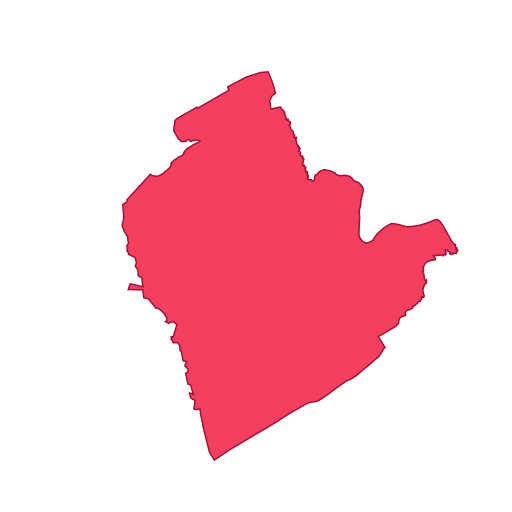 the district of Camden, New South Wales, Australia, rotated 140°
{"feature_id": "25037944B29927872698138", "entity_name": "Camden", "entity_type": "district", "adm_level": 2, "iso_a3": "AUS", "parent_name": "Australia", "parent_adm1": "New South Wales", "projection": "mercator", "projection_center": [150.696, -34.016], "detail": "fine", "context": "isolated", "style": "filled", "palette": "rose", "viewbox_px": 512, "rotation_deg": 140, "n_neighbors": 0, "source": "geoboundaries", "source_scale": "gbopen_adm2", "svg_char_len": 6140}
<svg xmlns="http://www.w3.org/2000/svg" viewBox="0 0 512 512"><g transform="rotate(140 256 256)"><path d="M405.7,160.4L417.7,135.8L419.1,126.4L403.1,124.9L347.5,115.8L333.1,114.1L313.0,110.5L310.4,109.9L307.8,108.6L303.1,105.7L300.6,104.9L288.8,103.7L280.7,103.3L267.9,102.3L260.8,100.4L256.9,99.9L243.2,100.0L236.6,99.9L230.7,100.1L227.2,99.9L220.7,101.7L217.7,103.1L216.0,102.8L214.1,115.6L193.9,112.2L192.6,112.7L190.9,112.5L190.1,112.7L188.4,114.5L186.6,115.6L185.0,116.2L183.8,115.8L181.2,115.3L180.1,114.4L179.6,114.3L178.9,115.1L178.3,116.5L176.8,117.4L174.3,117.1L173.8,116.9L173.0,116.1L172.6,116.2L171.7,115.9L170.9,115.9L169.9,115.3L168.8,116.5L167.9,115.9L166.6,116.2L165.6,116.1L164.3,116.3L163.1,115.8L161.5,116.6L160.8,116.5L159.5,115.7L159.0,116.3L158.3,116.4L157.7,116.3L157.1,116.5L156.2,117.8L155.6,118.0L154.8,117.8L155.0,117.1L154.8,116.7L153.5,116.7L152.7,117.5L152.9,117.7L149.8,123.2L149.5,123.2L148.4,123.8L148.0,124.2L147.1,124.5L147.0,125.3L146.8,125.4L145.9,125.3L145.3,125.9L143.7,125.6L142.8,125.7L141.6,127.1L141.0,128.0L142.2,127.6L142.0,129.1L141.0,131.4L139.1,134.0L138.6,136.9L137.7,136.8L136.9,137.2L136.6,138.3L135.4,139.2L135.0,139.8L134.3,140.0L133.4,140.7L131.3,141.5L130.2,141.6L127.7,141.4L127.0,140.9L125.9,140.7L125.1,140.1L124.2,140.1L123.8,139.4L122.9,139.3L122.5,138.6L120.8,138.0L120.0,139.5L119.8,142.1L112.0,136.5L112.4,136.0L110.6,136.1L110.1,134.9L109.4,135.2L109.6,136.1L109.4,136.4L107.9,136.6L108.0,137.5L107.6,138.6L107.4,138.9L106.8,138.9L106.1,138.0L105.9,137.1L106.0,136.5L105.7,135.8L105.3,135.3L105.0,134.5L105.2,133.8L105.9,133.7L106.0,132.7L105.9,132.2L105.2,132.5L104.9,131.5L104.5,131.3L103.9,131.1L103.7,131.6L100.9,129.3L100.2,130.2L98.7,130.0L97.6,131.0L98.4,131.7L98.6,132.7L96.9,132.8L97.4,134.8L95.9,136.7L96.7,138.7L96.8,139.9L95.0,150.0L94.3,153.1L92.9,162.1L92.9,164.1L93.3,166.4L94.2,167.8L95.9,168.7L102.6,170.9L108.2,173.2L111.0,174.5L116.9,177.9L121.6,181.5L123.2,183.4L126.2,188.0L129.8,192.3L131.6,193.7L133.4,194.4L139.6,195.3L145.5,195.2L149.5,194.9L153.3,194.0L156.6,192.8L161.3,194.0L162.9,194.9L164.3,196.8L164.9,198.5L165.0,200.1L164.6,202.9L164.7,203.4L164.2,204.6L163.3,206.2L161.9,207.9L156.7,213.8L152.2,218.4L148.6,223.4L146.8,225.2L144.4,226.7L138.0,232.7L133.4,235.8L131.9,237.0L130.5,239.1L130.0,240.4L129.9,242.9L130.2,246.3L132.3,250.1L132.5,251.2L132.5,253.8L132.8,254.9L132.7,255.9L133.4,257.3L135.3,260.0L138.2,262.3L140.0,263.3L142.2,267.0L142.1,268.7L144.0,272.8L147.9,278.0L149.9,279.0L153.0,279.9L156.5,279.3L158.8,279.9L160.0,279.2L161.5,277.4L162.0,277.0L164.4,276.6L164.8,277.0L164.8,277.4L164.6,278.6L164.7,279.3L166.4,280.2L167.0,282.4L166.6,282.6L165.4,282.6L164.9,282.9L165.3,283.5L165.3,284.1L164.2,284.3L164.4,285.1L163.7,286.4L163.1,286.7L162.5,287.3L163.1,288.3L163.7,288.1L163.8,288.4L163.4,289.3L162.7,289.5L162.8,290.4L162.2,291.7L161.7,291.8L161.3,291.4L161.0,291.7L161.0,293.5L161.5,293.9L160.8,294.4L160.8,294.7L161.0,295.0L161.7,295.6L161.6,296.1L157.1,299.4L156.8,300.4L157.0,300.6L157.5,300.6L157.7,300.9L157.4,301.1L157.2,301.7L156.3,301.9L156.2,302.3L156.7,303.5L157.2,303.7L156.9,304.5L157.3,304.7L157.4,304.9L155.6,306.2L155.3,308.4L155.7,309.0L154.6,309.4L154.3,310.1L153.9,309.8L153.3,309.9L153.2,310.1L153.2,310.3L153.4,310.7L153.3,310.9L153.5,311.4L152.9,311.7L153.6,312.4L153.6,312.8L153.3,313.3L152.9,313.4L152.6,313.9L153.0,315.3L151.8,316.7L151.3,318.3L151.0,318.5L150.9,319.6L150.4,320.0L149.2,320.1L148.7,320.9L148.8,321.2L149.8,321.1L149.9,321.8L150.4,322.1L150.4,322.3L150.3,322.6L149.7,322.7L149.4,323.5L148.8,323.9L149.3,324.2L149.4,324.5L147.7,327.1L147.6,328.6L147.8,329.5L147.7,331.8L147.1,332.0L146.6,332.9L146.5,333.6L146.7,334.1L146.5,334.7L145.5,334.8L143.5,336.3L143.9,336.8L143.8,337.2L144.3,338.6L143.7,339.2L143.8,339.7L143.6,340.2L144.7,339.9L145.0,341.0L144.6,340.9L143.3,344.7L142.7,347.3L141.9,347.2L141.5,349.5L141.8,352.3L141.4,354.4L150.2,359.0L146.9,363.8L146.4,364.9L146.3,365.9L140.7,368.3L139.0,368.5L136.5,368.1L132.1,377.7L128.3,389.2L133.3,392.8L134.8,393.7L147.9,399.2L168.9,403.8L170.4,400.4L205.6,406.7L205.5,408.0L222.5,411.1L229.5,412.1L231.2,411.7L232.0,411.2L233.1,409.6L235.4,408.1L238.0,405.1L238.6,404.7L240.2,394.9L239.7,393.9L239.8,392.4L239.0,391.4L238.8,390.8L238.3,390.4L237.4,390.2L237.1,389.6L236.2,388.8L235.2,388.8L233.5,389.1L233.1,389.0L232.6,388.1L232.7,386.4L232.3,385.7L231.8,385.4L230.8,385.3L230.0,384.9L229.5,384.3L228.1,383.9L227.2,383.0L226.4,382.6L225.9,382.1L224.9,380.1L226.3,380.0L228.5,380.4L232.4,381.6L233.6,381.6L236.0,382.1L236.8,381.9L239.7,382.6L242.5,382.3L243.2,382.0L243.6,382.1L244.2,381.7L244.8,381.6L245.2,381.0L246.1,380.7L246.7,380.8L247.6,380.3L248.8,380.4L250.4,381.2L251.4,381.4L254.6,381.6L256.4,382.0L261.0,381.8L261.8,381.4L262.6,380.4L262.7,379.7L264.5,379.2L265.2,379.4L266.6,378.9L267.2,379.1L268.1,378.9L268.8,379.0L270.2,378.9L272.5,379.1L274.3,378.9L277.2,379.6L278.3,379.7L279.6,380.2L281.2,381.2L282.0,382.4L282.5,382.6L283.9,384.7L284.4,386.5L318.5,382.1L320.2,380.4L325.0,381.1L332.6,370.3L339.0,365.4L341.3,358.7L341.5,356.3L341.9,355.1L341.9,353.4L343.7,350.8L345.3,348.0L347.3,347.1L348.7,346.8L348.6,345.6L351.0,343.5L351.6,342.7L351.7,342.2L351.5,340.2L352.6,339.2L349.5,332.6L350.5,330.8L351.6,327.9L354.9,326.0L355.4,321.8L356.6,319.3L357.9,318.1L358.8,316.9L358.6,315.0L357.1,313.2L362.5,305.2L370.1,315.5L373.4,313.8L375.5,312.3L374.0,311.3L369.2,306.9L364.4,302.9L368.8,296.2L365.6,291.5L366.0,290.7L366.2,280.2L364.7,279.0L363.9,276.0L363.4,271.0L364.1,267.1L364.0,265.4L365.9,263.9L367.6,263.9L366.0,260.4L363.8,260.2L361.7,258.8L360.6,254.4L371.2,247.4L372.9,248.5L373.0,247.1L374.4,247.2L374.6,244.7L375.3,242.7L374.2,242.2L371.6,239.5L372.1,236.5L375.1,232.1L374.4,231.1L379.3,222.5L377.8,221.2L376.9,219.7L377.0,219.3L378.3,219.2L380.2,218.3L380.9,217.7L381.1,217.1L380.9,214.0L381.0,212.9L381.6,211.8L382.4,211.3L383.0,211.2L383.8,211.1L385.1,211.5L385.5,210.9L390.5,201.6L389.0,199.2L392.9,190.3L394.9,193.8L397.2,189.5L396.7,187.0L395.5,184.7L401.9,178.7L399.9,176.4L398.1,175.1L397.2,174.7L399.9,170.8L405.5,160.2L405.7,160.4Z" fill="#f43f5e" stroke="#9f1239" stroke-width="1.5"/></g></svg>